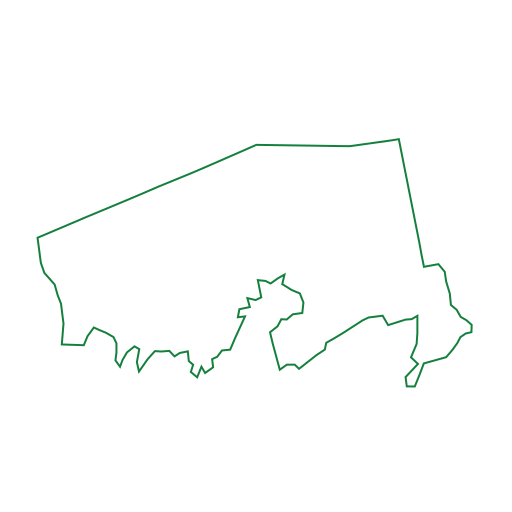 the district of Lagoa Nova, Rio Grande do Norte, Brazil, rotated 3°
{"feature_id": "56859067B44462605645858", "entity_name": "Lagoa Nova", "entity_type": "district", "adm_level": 2, "iso_a3": "BRA", "parent_name": "Brazil", "parent_adm1": "Rio Grande do Norte", "projection": "equal_earth", "projection_center": [-36.511, -6.092], "detail": "fine", "context": "isolated", "style": "outline", "palette": "green", "viewbox_px": 512, "rotation_deg": 3, "n_neighbors": 0, "source": "geoboundaries", "source_scale": "gbopen_adm2", "svg_char_len": 1639}
<svg xmlns="http://www.w3.org/2000/svg" viewBox="0 0 512 512"><g transform="rotate(3 256 256)"><path d="M203.6,168.5L190.3,175.1L155.4,191.6L132.5,202.9L83.8,226.3L36.9,249.2L41.5,274.1L45.5,283.9L56.4,295.0L60.1,305.8L63.8,313.9L65.5,323.6L67.3,333.6L66.7,354.5L88.7,354.1L91.9,345.0L97.8,335.9L103.9,338.3L110.2,340.5L117.9,344.4L121.2,350.5L121.7,359.8L121.1,367.6L126.0,373.7L128.2,366.7L132.2,359.0L139.4,352.6L144.3,355.1L142.6,368.2L145.2,377.5L153.2,364.7L160.0,356.3L166.7,356.3L174.4,355.3L179.9,360.5L185.0,356.8L192.9,354.8L194.4,364.4L198.9,367.9L197.0,375.2L203.6,380.2L207.3,369.4L211.3,375.5L219.0,369.4L217.6,361.3L222.5,358.7L227.0,352.1L235.1,350.9L239.9,337.8L248.2,316.9L241.1,318.1L242.2,310.0L252.5,307.3L249.6,298.5L258.0,300.0L263.4,297.0L261.4,289.1L259.1,280.0L266.8,280.4L272.0,282.7L279.2,277.0L285.4,273.1L283.7,282.7L293.4,288.1L301.8,291.1L305.8,300.0L305.2,310.5L295.8,312.3L290.0,317.8L284.6,317.8L281.2,325.1L274.0,331.4L277.1,342.0L285.7,368.3L292.5,362.9L300.4,362.5L304.9,366.4L321.6,351.8L329.6,345.9L330.7,339.0L338.7,333.9L346.7,328.5L365.8,314.7L371.7,311.5L385.6,309.0L391.6,318.1L408.6,311.7L414.8,310.9L420.3,307.3L421.2,325.1L421.0,335.4L416.1,349.1L423.4,355.3L411.7,369.1L413.4,378.3L421.4,378.0L425.8,365.2L429.2,354.5L451.2,347.1L457.2,339.3L461.6,332.4L464.4,326.3L469.5,322.4L475.1,320.8L475.0,313.5L469.3,309.0L463.6,306.1L459.2,299.2L453.2,294.7L451.5,283.4L447.2,271.4L445.3,261.9L438.6,254.6L424.3,258.0L421.4,246.8L418.6,234.9L392.5,131.8L385.4,133.4L344.1,141.4L332.4,141.9L300.1,143.1L250.5,145.0L223.6,158.5L203.6,168.5Z" fill="none" stroke="#15803d" stroke-width="2"/></g></svg>